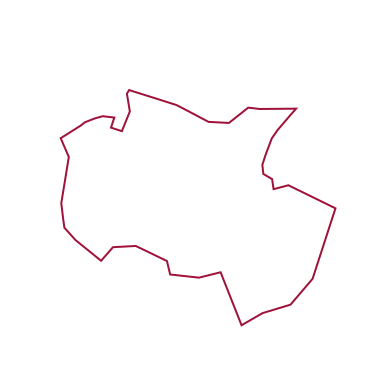 the district of Busanjin-gu, Busan, South Korea, rotated 198°
{"feature_id": "91817680B32751924176777", "entity_name": "Busanjin-gu", "entity_type": "district", "adm_level": 2, "iso_a3": "KOR", "parent_name": "South Korea", "parent_adm1": "Busan", "projection": "mercator", "projection_center": [129.046, 35.154], "detail": "fine", "context": "isolated", "style": "outline", "palette": "rose", "viewbox_px": 384, "rotation_deg": 198, "n_neighbors": 0, "source": "geoboundaries", "source_scale": "gbopen_adm2", "svg_char_len": 732}
<svg xmlns="http://www.w3.org/2000/svg" viewBox="0 0 384 384"><g transform="rotate(198 192 192)"><path d="M103.7,80.6L87.5,98.6L63.5,115.3L50.5,146.7L50.5,187.5L50.5,220.6L50.5,220.8L102.4,228.2L115.3,219.9L119.8,229.0L129.7,231.2L133.5,239.6L133.5,249.4L132.7,267.6L129.7,277.5L122.1,295.7L118.8,303.4L153.2,291.9L164.6,289.6L178.2,269.1L197.9,263.8L224.4,268.4L233.5,269.9L283.3,269.5L284.3,265.4L276.0,249.4L277.5,228.2L288.9,228.2L288.9,238.8L300.3,236.5L307.1,232.0L315.4,225.2L318.5,220.6L333.5,202.6L320.0,187.3L316.5,164.8L312.9,141.1L305.8,125.7L302.3,118.6L288.0,110.3L257.2,98.5L250.1,115.1L228.8,123.3L194.5,118.6L187.3,106.8L158.9,112.7L140.0,124.5L103.7,80.6Z" fill="none" stroke="#9f1239" stroke-width="2"/></g></svg>